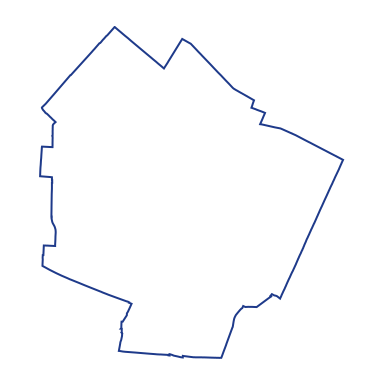 outline of Veenendaal, Utrecht, Netherlands, rotated 179°
{"feature_id": "6326949B99010432218754", "entity_name": "Veenendaal", "entity_type": "district", "adm_level": 2, "iso_a3": "NLD", "parent_name": "Netherlands", "parent_adm1": "Utrecht", "projection": "albers", "projection_center": [5.554, 52.023], "detail": "fine", "context": "isolated", "style": "outline", "palette": "blue", "viewbox_px": 384, "rotation_deg": 179, "n_neighbors": 0, "source": "geoboundaries", "source_scale": "gbopen_adm2", "svg_char_len": 5650}
<svg xmlns="http://www.w3.org/2000/svg" viewBox="0 0 384 384"><g transform="rotate(179 192 192)"><path d="M217.3,28.9L217.3,29.1L217.3,30.3L217.2,30.3L214.0,29.2L213.7,28.9L213.0,28.7L209.2,27.8L206.1,27.0L204.1,26.7L204.0,28.3L203.0,28.1L200.1,27.7L197.4,27.3L194.6,26.9L193.1,26.7L188.6,26.6L185.3,26.5L182.3,26.4L174.5,26.0L170.0,25.8L169.2,25.8L167.8,25.7L165.6,25.7L165.1,26.9L163.3,31.6L160.4,38.9L160.4,39.1L155.2,52.6L154.1,55.4L154.0,55.7L153.7,56.2L153.6,56.6L153.4,57.6L152.7,61.6L152.4,63.0L152.1,64.3L151.8,65.2L151.5,65.9L151.0,66.9L150.3,68.2L148.2,70.7L146.1,73.1L145.3,73.9L144.7,74.5L143.8,75.0L142.8,77.1L140.7,76.1L137.4,76.2L134.0,76.1L130.6,75.9L129.5,75.8L129.4,75.8L118.2,83.8L116.2,85.2L115.3,85.7L115.0,85.9L114.8,86.1L114.7,86.2L115.4,86.7L114.6,87.6L114.4,87.9L114.1,88.3L113.9,88.5L112.9,87.9L111.6,87.2L109.9,86.8L108.8,86.3L107.8,85.5L107.4,85.2L105.8,83.9L105.5,84.6L105.1,85.3L104.5,86.6L104.1,87.6L103.3,89.2L102.6,90.7L101.7,92.5L101.3,93.2L100.5,95.0L99.6,96.8L99.3,97.6L98.5,99.3L98.0,100.4L97.4,101.6L97.0,102.5L96.4,103.7L95.7,105.0L95.4,105.7L94.4,107.8L93.9,108.9L93.4,109.8L93.2,110.3L92.9,110.7L92.5,111.5L91.5,113.6L90.9,114.8L90.5,115.7L89.9,116.9L89.7,117.3L89.5,117.7L89.2,118.4L89.1,118.7L88.8,119.3L88.7,119.6L88.3,120.4L88.1,120.9L87.7,121.8L87.3,122.6L87.1,123.2L86.7,123.9L86.4,124.6L86.0,125.5L85.5,126.5L85.3,127.0L84.8,127.9L84.5,128.5L84.2,129.1L83.9,129.8L83.4,130.9L83.2,131.3L82.9,131.8L82.8,132.1L82.7,132.2L82.7,132.3L82.5,132.7L82.2,133.4L81.8,134.1L81.5,135.0L81.0,136.0L80.8,136.5L80.7,136.8L80.6,137.1L80.2,137.9L79.8,138.8L79.3,139.8L78.1,142.7L77.4,144.0L77.1,144.6L76.7,145.5L76.4,146.1L75.6,147.7L75.2,148.6L74.9,149.3L74.2,150.7L73.8,151.6L73.4,152.5L72.9,153.4L72.5,154.2L72.0,155.3L70.8,157.8L70.5,158.5L70.3,158.7L68.3,163.0L67.8,164.1L67.5,164.8L67.4,165.0L66.9,166.0L66.1,167.8L65.7,168.6L65.2,169.7L64.7,170.8L64.3,171.7L63.7,172.9L63.0,174.4L62.7,174.9L59.7,181.3L57.6,185.6L55.8,189.4L55.5,190.0L55.4,190.3L54.9,191.3L54.5,192.1L53.3,194.7L51.5,198.2L51.1,199.2L49.6,202.2L48.9,203.8L47.6,206.4L47.4,206.8L46.6,208.4L44.9,211.8L43.1,215.8L42.0,218.1L41.9,218.4L40.4,221.5L43.7,223.3L53.5,228.6L60.3,232.3L69.7,237.4L69.9,237.5L73.7,239.6L73.8,239.6L78.8,242.3L87.2,246.9L87.4,247.0L100.2,253.0L102.4,254.0L108.1,255.2L119.1,257.9L121.2,258.4L122.7,258.6L122.5,259.1L121.8,260.5L121.2,261.8L119.9,264.7L119.3,266.1L118.0,268.9L117.6,269.8L118.7,270.3L120.6,271.1L122.9,272.0L123.7,272.3L126.0,273.2L126.8,273.6L128.4,274.2L130.5,275.0L131.1,275.2L130.7,276.3L130.3,277.3L129.8,278.9L129.4,280.0L128.9,281.3L128.4,282.6L133.9,285.9L143.4,291.5L145.2,292.6L145.8,292.9L148.0,294.3L148.6,294.7L149.5,295.5L153.0,299.4L156.1,302.7L159.1,306.0L160.2,307.2L160.6,307.7L163.8,311.0L168.3,315.9L170.9,318.8L174.8,323.0L179.9,328.5L180.2,328.9L183.6,332.5L184.2,333.2L186.2,335.4L190.7,340.3L191.8,340.9L199.1,345.2L205.2,335.7L209.3,329.3L212.9,323.7L213.0,323.6L213.5,322.7L213.9,322.1L214.5,321.1L215.4,319.8L216.8,317.7L217.9,316.0L220.8,318.6L223.5,320.9L225.7,322.9L228.3,325.1L230.0,326.6L235.1,331.0L243.3,338.1L250.1,344.0L253.3,346.9L254.6,348.0L256.4,349.5L262.8,355.1L266.4,358.3L266.5,358.3L274.1,350.0L274.8,349.6L276.9,347.3L277.7,346.4L278.2,346.0L279.4,344.6L280.4,343.4L281.1,342.7L281.3,342.5L281.9,342.4L286.4,337.4L287.0,336.7L288.1,335.6L289.7,333.8L291.2,332.2L295.7,327.4L303.5,319.1L311.1,311.0L311.5,311.0L312.3,310.1L321.3,300.0L327.0,293.6L332.3,287.7L336.8,282.7L339.8,279.9L340.3,279.4L340.6,279.1L340.5,278.4L340.0,277.5L339.5,276.6L339.3,276.4L338.7,275.7L338.4,275.4L338.1,275.0L337.7,274.5L337.4,274.0L337.2,273.9L337.1,273.7L336.7,273.4L336.1,272.9L335.7,272.8L335.6,272.7L335.0,272.1L334.1,271.2L333.6,270.7L332.7,269.7L331.6,268.7L330.8,267.8L329.9,266.9L329.5,266.5L329.2,266.3L328.4,265.5L327.5,264.6L327.2,264.3L328.9,262.8L329.4,262.2L329.7,261.9L329.8,261.7L329.9,261.4L330.0,261.0L330.1,260.7L330.1,260.4L330.1,260.2L330.1,259.5L330.2,258.1L330.2,257.2L330.2,256.9L330.3,255.1L330.3,253.0L330.4,250.9L330.7,250.7L330.6,249.9L330.4,249.7L330.4,249.3L330.4,248.2L330.5,246.7L330.5,245.7L330.6,243.2L330.6,241.9L330.7,239.3L330.8,239.3L341.2,240.0L341.3,239.6L341.6,235.8L341.9,232.4L342.2,228.4L342.4,226.8L342.8,221.8L343.1,218.9L343.3,216.0L343.6,210.4L333.2,209.4L331.8,209.2L331.8,206.3L331.6,206.3L331.6,203.7L331.9,203.7L332.0,198.0L332.3,192.3L332.5,186.0L332.7,179.9L332.8,176.3L333.0,170.0L332.8,170.0L332.7,170.0L332.7,169.0L332.9,169.0L332.9,168.8L332.9,167.9L332.7,166.9L332.5,165.8L332.3,164.8L332.0,163.8L331.7,163.1L331.2,162.2L330.3,160.5L329.9,159.6L329.6,158.6L329.3,157.5L329.1,156.6L329.0,154.9L329.0,153.9L329.0,153.7L329.3,149.8L329.4,147.2L329.6,144.0L329.7,142.8L329.8,141.1L329.8,140.4L335.9,140.8L337.2,140.9L341.1,141.1L341.3,137.8L341.7,131.5L342.2,131.5L342.3,131.5L342.5,128.7L342.4,127.4L342.8,120.9L342.8,120.7L339.4,118.8L338.9,118.5L338.2,118.1L335.4,116.5L329.3,113.3L323.8,110.6L317.8,107.9L317.4,107.7L315.5,106.8L314.7,106.5L311.4,105.1L306.2,102.9L300.9,100.6L294.0,97.7L285.6,94.2L284.1,93.6L283.6,93.3L278.2,91.1L277.8,90.9L269.5,87.7L259.0,83.7L258.3,83.6L257.7,83.3L256.8,82.8L257.0,82.4L254.4,81.3L256.3,77.2L257.3,75.2L258.1,73.5L259.2,71.8L259.3,69.9L262.0,65.9L263.6,63.5L264.7,63.6L264.8,62.8L264.9,60.7L265.0,58.7L265.1,57.0L265.5,56.6L264.6,56.5L264.7,53.3L264.4,52.3L264.7,52.3L264.3,51.6L264.5,49.1L265.4,45.2L265.8,44.3L266.1,43.4L266.3,42.7L266.4,41.9L266.9,39.3L267.9,34.4L267.0,34.3L263.9,33.7L261.6,33.4L251.9,32.5L236.9,31.0L234.6,30.8L229.7,30.3L228.5,30.2L226.1,30.1L223.6,29.9L219.6,29.6L219.0,29.6L218.7,29.1L217.3,28.9Z" fill="none" stroke="#1e3a8a" stroke-width="2"/></g></svg>